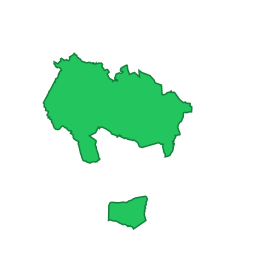 Huehuetlán el Chico, Puebla, Mexico (orthographic projection), rotated 333°
{"feature_id": "50627088B51636032472244", "entity_name": "Huehuetlán el Chico", "entity_type": "district", "adm_level": 2, "iso_a3": "MEX", "parent_name": "Mexico", "parent_adm1": "Puebla", "projection": "orthographic", "projection_center": [-98.73, 18.359], "detail": "fine", "context": "isolated", "style": "filled", "palette": "green", "viewbox_px": 256, "rotation_deg": 333, "n_neighbors": 0, "source": "geoboundaries", "source_scale": "gbopen_adm2", "svg_char_len": 5718}
<svg xmlns="http://www.w3.org/2000/svg" viewBox="0 0 256 256"><g transform="rotate(333 128 128)"><path d="M99.2,35.9L98.4,38.0L98.1,38.2L97.5,38.0L96.8,38.0L94.8,38.9L94.5,38.7L92.3,35.5L92.0,36.3L91.2,37.2L91.6,37.8L91.7,38.5L91.4,40.4L91.9,40.8L92.2,42.1L93.2,42.3L94.3,42.8L94.3,43.1L95.0,44.5L94.9,45.3L95.1,46.1L94.9,46.1L94.7,46.7L93.9,46.7L93.6,46.4L91.5,47.8L91.4,48.5L90.6,48.4L90.5,48.7L89.8,49.3L89.7,49.9L89.0,50.4L88.5,51.1L87.0,51.4L86.1,51.3L85.7,51.6L85.6,52.0L83.8,53.3L83.9,54.1L83.2,53.7L75.2,59.4L74.2,59.5L74.0,60.2L64.0,67.2L64.3,68.0L64.3,68.6L63.9,69.4L63.5,69.9L63.4,70.5L63.0,70.9L63.0,71.2L63.6,72.4L63.7,73.0L63.4,73.4L62.6,74.9L63.0,75.5L64.1,76.3L64.5,77.0L64.5,77.4L63.0,78.9L62.5,79.1L61.7,79.8L61.6,80.2L62.2,81.1L62.1,81.9L61.5,82.8L61.9,83.0L63.1,82.6L63.2,82.8L62.6,84.0L62.4,84.9L63.5,85.8L63.5,86.3L62.6,87.8L62.9,91.0L62.6,92.0L62.4,94.3L62.7,95.4L63.1,96.1L63.1,96.4L64.6,97.5L65.8,97.8L67.2,97.6L68.4,96.9L69.3,96.6L70.7,96.5L71.3,97.0L71.7,98.6L72.1,99.2L72.5,99.7L73.2,100.0L73.5,100.4L73.2,101.2L73.3,102.0L74.2,103.7L75.0,104.5L75.9,104.4L76.1,105.2L76.0,105.9L75.7,106.2L74.6,106.3L74.3,106.6L75.3,108.0L75.8,109.5L75.5,110.5L74.9,111.5L74.9,112.7L75.2,113.7L76.1,115.4L77.5,117.2L77.8,117.9L77.8,118.3L77.3,118.7L76.9,118.7L76.3,119.9L76.4,120.6L74.1,129.7L74.0,131.3L73.4,134.2L73.3,136.5L73.5,137.0L75.2,138.0L75.5,139.2L77.6,141.4L78.7,142.2L79.5,141.9L81.2,142.1L82.0,142.4L83.5,143.5L84.5,143.6L85.2,144.0L85.5,143.6L86.5,143.4L87.0,143.3L87.2,143.0L88.1,143.3L88.4,143.2L88.7,142.9L88.9,142.4L88.7,141.9L88.6,140.6L88.8,139.9L89.5,138.5L90.2,132.8L91.2,129.8L90.9,129.4L91.0,128.2L91.7,127.4L92.3,127.0L92.7,126.2L93.4,125.9L93.7,125.2L93.7,124.5L90.0,117.4L97.0,117.5L101.9,113.8L102.0,114.8L102.4,115.6L103.4,114.8L104.9,115.1L106.2,116.5L107.8,118.6L110.5,123.1L110.8,124.3L110.7,125.0L110.9,126.1L111.3,126.6L112.3,127.2L114.4,130.0L114.5,130.4L114.2,131.1L114.5,131.3L114.7,131.2L116.0,130.4L116.5,130.2L117.2,130.5L117.4,130.7L117.3,131.0L116.9,131.5L117.4,132.1L118.0,131.9L118.3,132.0L117.9,132.9L118.8,133.8L119.9,135.7L120.4,135.9L120.9,135.6L121.3,135.7L121.9,136.3L122.1,136.6L122.4,137.7L123.7,138.4L123.6,138.8L124.0,139.1L124.6,139.1L125.0,139.8L126.0,140.3L126.4,141.3L126.7,141.4L127.6,141.2L128.0,141.6L128.5,142.6L129.0,143.3L130.1,145.8L129.7,149.2L129.9,150.0L130.8,150.9L131.7,151.7L148.6,155.0L149.4,156.0L150.0,157.5L150.5,157.6L152.0,158.5L150.7,159.8L150.5,160.8L150.0,161.7L149.8,163.2L149.1,165.4L149.0,166.6L149.2,168.1L149.1,168.7L148.0,170.6L151.1,171.3L153.5,171.2L154.2,170.3L155.6,169.5L156.3,169.3L157.8,168.3L158.9,166.7L159.7,165.9L159.7,164.9L160.5,164.6L161.2,164.0L160.9,163.6L161.1,163.3L161.8,163.3L162.1,162.9L162.0,162.7L161.1,162.8L161.0,162.3L161.6,161.4L162.5,160.9L161.8,160.4L162.1,160.1L162.8,160.3L163.7,159.4L165.0,158.5L165.5,158.3L166.1,157.8L166.4,157.4L166.7,156.1L167.8,156.9L168.6,156.7L169.4,156.8L170.9,157.5L171.3,157.5L171.9,155.7L172.0,153.8L172.6,150.1L173.2,149.2L174.8,147.5L176.5,146.5L178.9,146.2L179.2,145.7L181.0,144.1L182.2,143.3L183.1,141.6L184.4,139.7L185.0,139.6L185.5,139.8L187.3,141.0L188.1,141.3L188.7,141.2L189.7,141.5L190.3,141.5L191.9,142.5L194.2,138.7L194.4,137.7L193.5,137.2L193.2,136.2L193.5,135.7L194.4,135.0L194.5,134.4L194.2,134.1L192.3,133.1L191.5,132.3L190.7,131.9L190.7,131.6L191.0,131.2L190.8,130.9L189.0,130.5L188.6,130.1L186.8,125.9L185.7,117.9L185.4,117.2L184.8,116.8L182.5,115.8L183.3,114.8L183.3,114.7L181.6,114.9L180.1,114.7L179.4,114.4L178.6,114.3L177.6,114.9L175.2,114.7L174.9,114.6L174.2,114.0L173.7,113.9L173.6,113.5L177.3,105.0L172.6,100.0L172.8,99.1L173.0,97.1L171.3,91.2L165.6,85.0L163.9,81.7L161.4,87.8L158.9,81.4L153.6,80.9L153.9,79.6L154.3,75.6L155.7,72.1L155.6,71.6L155.1,71.3L153.6,71.4L152.8,71.2L151.8,71.5L150.5,71.3L150.3,71.6L149.8,71.7L148.8,71.6L147.4,73.1L147.3,73.9L147.8,74.5L149.1,75.3L149.0,75.8L147.6,76.2L146.6,76.2L145.8,75.5L145.5,75.1L145.1,74.9L142.2,74.6L141.6,74.8L140.8,75.8L139.4,76.9L138.9,77.5L138.7,78.1L140.2,80.1L140.4,80.5L140.2,81.0L139.8,81.2L139.3,81.0L138.6,80.3L137.8,79.2L137.5,79.1L136.5,79.4L135.9,79.8L135.7,79.8L135.5,79.6L135.5,79.3L135.9,78.7L135.7,77.7L134.1,75.7L133.8,73.3L134.0,72.9L134.0,72.4L133.9,71.0L134.0,70.5L134.6,70.1L136.1,70.0L136.6,69.6L136.6,69.0L136.4,67.1L136.1,66.6L135.8,66.3L133.4,66.0L133.0,65.5L133.3,63.9L132.7,62.5L132.6,61.8L133.2,60.8L133.8,60.3L134.1,59.7L134.1,59.1L133.8,58.2L131.4,56.9L129.3,56.6L129.2,55.6L128.2,56.2L127.9,56.3L127.4,55.1L126.9,54.8L126.2,54.9L126.5,54.0L126.3,53.9L125.5,54.0L124.9,53.7L124.6,53.5L124.1,52.4L122.6,51.6L121.4,51.5L120.2,50.8L118.6,48.9L117.3,48.2L117.2,47.0L116.8,45.8L116.7,45.0L116.3,44.1L115.7,43.7L115.5,42.7L115.1,42.2L115.0,41.4L115.3,39.8L115.0,39.5L114.4,39.3L114.2,37.2L113.8,37.1L112.9,37.8L109.2,38.2L109.2,38.3L108.1,38.2L107.7,39.9L105.8,41.2L105.2,40.8L104.6,39.7L104.3,39.2L101.7,38.9L101.6,37.8L100.8,36.8L100.5,35.8L99.2,35.9ZM83.2,215.5L83.5,215.2L83.9,215.2L84.2,215.5L84.4,216.2L85.3,216.1L85.5,216.7L85.9,216.9L86.5,217.6L87.0,218.3L87.1,220.5L102.0,218.5L102.9,213.6L103.3,212.7L103.3,212.2L104.1,211.2L104.3,210.5L105.0,210.1L105.1,209.5L105.6,209.2L105.5,208.7L105.8,208.2L107.3,207.4L107.4,206.5L107.2,206.3L107.5,205.5L109.2,204.8L110.3,202.6L112.3,200.9L113.0,199.8L113.1,197.9L112.7,197.0L112.2,196.6L102.7,193.7L101.2,193.7L100.1,193.5L99.0,193.9L95.4,193.4L93.2,193.8L91.6,193.0L90.1,191.9L85.2,190.2L84.5,189.5L83.2,189.0L81.3,187.7L79.5,186.7L78.5,186.5L77.8,186.6L75.7,188.5L68.7,201.5L69.8,201.5L70.2,201.6L73.0,204.3L75.3,205.7L75.8,206.3L76.6,207.8L77.1,208.2L77.5,209.1L78.2,209.9L79.4,211.4L79.8,211.9L81.0,212.2L81.9,212.8L82.8,214.6L83.2,215.5Z" fill="#22c55e" stroke="#15803d" stroke-width="1.5"/></g></svg>